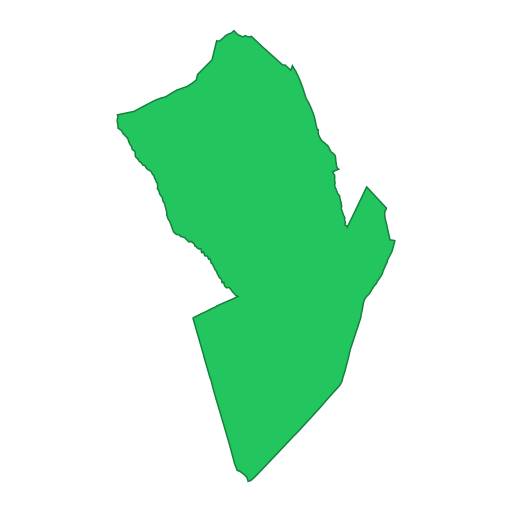 the district of Wajir West, North-Eastern, Kenya
{"feature_id": "3690345B86127058354537", "entity_name": "Wajir West", "entity_type": "district", "adm_level": 2, "iso_a3": "KEN", "parent_name": "Kenya", "parent_adm1": "North-Eastern", "projection": "equal_earth", "projection_center": [39.437, 1.649], "detail": "fine", "context": "isolated", "style": "filled", "palette": "green", "viewbox_px": 512, "rotation_deg": 0, "n_neighbors": 0, "source": "geoboundaries", "source_scale": "gbopen_adm2", "svg_char_len": 6065}
<svg xmlns="http://www.w3.org/2000/svg" viewBox="0 0 512 512"><path d="M117.4,114.8L117.7,115.7L118.0,116.9L117.4,118.8L117.2,120.4L117.2,121.3L117.3,122.1L117.9,124.9L118.0,125.5L118.0,127.5L118.2,128.4L118.4,128.6L119.5,129.1L120.8,129.9L121.0,130.1L122.5,132.4L123.4,134.0L124.0,134.6L124.7,135.0L125.0,135.2L125.4,136.1L126.6,136.9L126.9,137.4L127.3,138.3L127.9,138.8L128.1,139.3L128.5,140.8L128.8,141.9L129.1,142.4L129.7,143.8L130.4,145.0L131.4,146.2L131.6,146.9L131.9,148.4L132.2,149.4L132.7,149.8L134.5,151.2L134.7,151.5L135.1,152.0L135.2,152.6L135.2,153.0L135.1,153.9L135.3,155.3L135.4,156.2L135.7,157.0L136.0,157.3L136.7,157.8L137.4,158.8L138.1,159.4L138.9,160.8L139.2,161.2L140.0,161.8L140.5,162.3L141.1,162.4L141.3,162.6L141.6,162.9L142.3,164.4L142.8,165.0L143.2,165.3L144.1,165.3L144.7,165.6L145.2,166.0L146.2,167.9L147.2,169.1L148.4,169.8L149.1,170.4L150.1,170.7L151.0,171.5L151.3,171.9L152.3,173.9L152.8,174.6L153.8,175.6L154.0,175.9L154.1,176.3L154.2,177.3L154.6,178.1L156.0,180.7L156.1,181.0L156.3,182.1L156.9,182.7L157.7,183.2L157.4,184.2L157.6,185.3L157.7,187.2L157.6,187.7L157.3,188.7L157.6,189.2L158.3,189.9L158.8,190.6L159.3,192.6L159.9,194.3L160.5,195.2L161.9,197.1L162.3,197.8L162.5,198.7L162.6,199.7L162.9,200.5L163.3,201.9L164.2,202.8L165.2,206.2L165.5,207.4L165.8,208.5L166.1,210.0L166.6,211.5L166.8,212.9L166.7,214.4L166.7,215.1L167.1,216.0L167.8,218.3L168.4,219.4L169.8,221.6L170.6,223.8L171.1,224.8L171.4,226.1L171.8,227.0L172.4,228.5L172.6,229.4L173.4,231.3L173.5,231.7L173.8,232.2L176.3,234.4L177.0,234.6L178.0,234.5L178.4,234.6L179.0,235.0L179.6,235.1L180.2,235.9L180.8,236.7L181.5,236.4L181.8,236.5L183.0,237.1L184.3,237.5L184.8,237.7L185.0,237.9L185.9,239.0L187.1,240.1L188.1,241.3L188.9,241.9L189.6,242.0L190.5,241.7L191.5,241.4L191.9,242.1L192.7,242.5L193.3,243.2L193.5,243.3L193.9,243.8L194.5,244.2L194.7,244.4L194.8,245.6L194.9,246.0L195.1,246.2L195.8,246.5L196.4,246.9L197.2,247.9L198.2,248.4L198.8,249.1L200.2,248.8L200.6,248.7L201.0,248.9L201.2,249.5L201.3,251.4L201.4,251.8L201.4,252.1L201.7,252.6L201.9,252.8L202.4,252.4L202.7,251.8L203.1,251.8L203.4,252.0L203.7,252.5L204.2,254.4L204.8,255.7L205.0,255.9L205.4,256.0L206.7,255.9L207.4,256.3L207.6,256.7L208.0,257.5L208.6,259.0L208.8,259.2L209.2,259.3L210.0,258.8L210.2,259.0L210.5,260.6L210.9,261.7L211.2,263.2L212.5,264.0L212.8,264.6L213.1,265.6L213.2,265.9L214.0,266.9L214.1,267.2L214.5,268.5L214.8,269.2L215.0,269.5L216.3,271.1L216.7,271.9L217.1,273.2L217.6,274.2L218.2,275.0L219.3,277.6L220.2,278.3L220.9,278.7L221.5,279.6L221.6,280.2L221.8,281.6L222.0,282.5L222.2,282.8L222.8,282.7L223.3,282.4L223.7,282.3L224.0,282.8L224.0,283.6L224.1,284.4L224.6,285.7L224.8,286.2L226.4,287.8L227.2,287.8L228.5,287.4L229.0,287.5L229.4,287.9L230.0,288.6L231.4,290.1L232.2,291.5L233.3,292.7L234.4,293.6L235.0,294.5L235.7,295.3L236.3,295.7L237.9,296.3L234.6,298.1L218.0,305.4L216.9,305.9L216.2,306.6L215.8,306.8L210.7,309.1L204.7,312.2L200.5,314.1L193.1,317.9L193.1,318.7L203.6,355.1L204.1,357.3L210.2,378.4L211.0,380.1L213.3,389.3L216.3,399.8L219.9,411.8L229.3,443.9L234.5,463.2L235.2,465.1L236.5,468.5L237.0,470.2L238.3,470.8L239.8,471.4L241.2,472.3L244.8,475.1L246.1,476.6L247.1,477.7L247.4,479.2L247.9,480.3L248.1,481.3L248.6,481.1L250.1,480.9L250.8,480.5L253.2,478.5L256.1,475.7L259.9,471.7L268.6,462.6L276.0,454.8L293.6,436.1L296.7,433.1L307.1,421.8L320.0,407.7L321.8,405.6L330.0,396.2L338.4,386.9L339.9,385.2L341.8,381.6L342.1,380.9L342.5,379.2L342.7,378.1L344.5,372.6L345.1,370.6L346.0,366.8L348.3,358.4L349.4,353.3L350.2,350.0L350.5,348.7L351.5,345.9L353.7,339.2L354.9,335.7L356.0,332.1L357.2,328.7L360.7,317.9L360.9,316.7L361.1,315.2L361.9,311.4L362.4,308.9L363.1,304.7L363.6,302.2L364.0,300.8L365.2,298.4L365.8,297.5L366.5,296.6L369.0,294.1L369.5,293.6L373.9,286.2L374.6,285.4L375.8,284.3L376.5,283.2L377.6,280.9L378.1,280.3L378.6,279.7L379.4,278.5L381.5,275.3L382.6,273.1L382.8,271.9L383.3,270.4L383.6,269.7L384.1,268.9L385.1,266.4L386.6,263.3L387.3,261.8L387.4,260.8L387.5,260.1L387.9,259.4L390.7,253.9L391.3,252.9L391.8,251.8L392.5,249.7L394.6,242.0L394.8,240.6L393.3,240.3L391.1,240.0L390.0,239.7L388.1,231.2L386.7,225.0L386.7,224.3L385.7,221.0L385.0,217.8L384.8,216.1L384.7,214.6L384.8,212.1L385.2,211.0L386.2,209.2L386.4,208.1L366.7,186.9L351.4,218.7L347.2,227.1L346.7,225.9L346.2,225.5L345.7,225.5L345.2,225.2L344.9,224.4L345.0,224.0L345.3,223.5L345.5,222.7L345.2,221.6L344.8,220.7L344.5,219.8L344.7,218.6L344.8,217.8L344.5,216.9L343.8,215.8L343.3,214.7L342.0,210.6L341.6,209.7L341.2,208.6L341.2,208.4L341.2,208.0L341.6,207.0L341.7,206.4L341.7,205.8L341.3,204.5L341.2,204.1L341.2,202.5L340.9,202.0L340.7,201.3L340.3,200.0L339.8,197.7L339.7,196.6L339.5,195.6L339.0,194.9L338.3,194.4L337.8,193.7L337.3,192.7L337.2,192.1L336.5,190.6L336.4,190.1L336.0,189.0L335.3,187.8L335.1,187.1L334.7,186.3L334.7,184.8L334.7,184.5L335.1,183.7L334.9,183.2L334.8,182.8L335.0,182.4L335.0,181.7L334.6,180.8L334.5,180.3L334.6,179.5L334.7,179.3L334.7,178.1L334.7,177.8L334.7,176.8L334.7,175.9L334.6,175.4L334.5,175.1L332.6,171.9L338.7,169.1L337.6,168.2L336.9,167.2L336.6,166.1L335.8,160.8L335.7,159.1L335.5,156.9L335.2,155.6L334.1,154.2L332.7,153.0L331.3,152.1L330.1,150.2L329.3,148.5L327.8,145.7L322.0,140.9L320.7,139.2L318.7,135.2L318.3,133.7L318.1,131.8L318.3,129.8L318.0,129.7L317.3,129.3L316.3,126.1L314.9,119.1L313.9,115.3L312.1,110.6L310.4,106.4L309.6,104.8L308.8,103.0L306.3,98.8L305.7,97.1L302.9,88.2L302.3,86.5L301.3,84.1L300.7,82.1L298.4,76.6L295.6,71.0L294.6,69.5L292.4,65.7L290.8,70.3L285.1,65.0L284.2,65.1L282.6,64.9L281.2,63.7L274.9,58.0L262.5,46.9L251.3,36.3L251.1,36.5L250.0,36.8L249.0,36.9L247.7,36.6L246.5,36.3L246.1,36.1L245.8,35.7L245.5,35.6L245.2,35.6L243.4,36.8L242.8,36.9L237.7,34.6L234.0,30.7L232.2,32.2L231.3,33.1L229.6,33.6L227.4,34.5L225.1,36.1L222.3,38.8L219.8,40.8L219.0,41.1L217.7,41.0L216.7,40.7L212.0,59.9L197.6,74.4L196.3,80.0L192.7,82.8L187.6,86.2L185.3,87.2L183.5,87.7L178.6,89.5L177.4,89.8L173.6,91.9L168.3,95.2L165.6,96.8L164.0,97.3L161.3,97.9L154.8,100.4L145.0,105.5L134.0,111.4L117.4,114.8Z" fill="#22c55e" stroke="#15803d" stroke-width="1.5"/></svg>